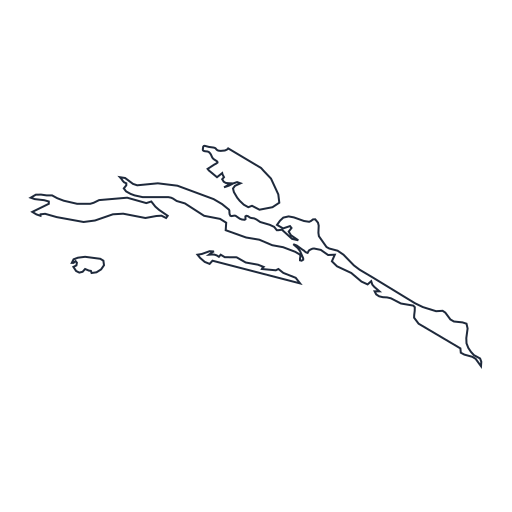 map outline of Dubrovacko-Neretvanska (Robinson projection)
{"feature_id": "HRV-1490", "entity_name": "Dubrovacko-Neretvanska", "entity_type": "County", "adm_level": 1, "iso_a3": "HRV", "parent_name": "Croatia", "parent_adm1": "", "projection": "robinson", "projection_center": [17.511, 42.787], "detail": "fine", "context": "isolated", "style": "outline", "palette": "slate", "viewbox_px": 512, "rotation_deg": 0, "n_neighbors": 0, "source": "natural_earth", "source_scale": "10m", "svg_char_len": 3798}
<svg xmlns="http://www.w3.org/2000/svg" viewBox="0 0 512 512"><path d="M466.5,323.7L467.6,328.5L466.3,338.1L466.5,343.3L468.3,347.9L470.9,351.8L474.0,355.2L475.9,356.2L480.1,358.5L481.3,361.8L481.0,366.2L475.6,358.8L472.3,356.8L464.3,354.6L460.8,352.7L460.4,348.4L418.6,323.7L414.1,317.7L414.2,315.0L414.7,310.9L414.8,307.2L413.3,305.6L400.9,303.5L390.9,298.3L387.0,297.4L382.9,297.2L379.1,296.3L376.2,294.4L374.6,291.3L379.4,291.3L374.2,286.8L372.3,284.6L371.2,281.2L367.6,284.4L361.5,281.6L351.3,273.0L337.0,266.3L331.9,261.3L334.8,254.7L328.1,255.0L320.8,249.9L314.0,248.5L312.4,248.7L310.6,249.5L308.9,250.5L307.6,252.9L306.1,252.4L304.6,251.3L304.1,250.7L302.5,249.7L296.7,245.5L293.3,244.2L297.8,248.1L300.0,251.0L303.2,258.3L303.2,259.7L301.6,260.7L300.0,260.3L300.0,258.5L300.4,256.3L300.1,254.7L295.2,251.8L283.1,247.2L272.2,245.2L259.3,239.7L246.1,237.5L225.7,230.2L226.2,222.7L220.1,218.9L204.1,215.8L184.9,203.4L176.7,201.0L172.9,198.5L171.1,197.7L168.2,197.1L142.5,197.1L134.6,195.4L130.6,193.9L126.1,191.4L123.8,188.4L126.3,185.3L126.3,183.3L124.1,182.3L122.7,180.8L121.5,179.0L119.9,177.2L125.1,178.0L133.0,183.9L137.2,185.3L157.8,183.3L177.4,185.7L213.6,199.1L222.1,204.1L229.0,209.7L229.4,210.8L229.4,212.4L229.6,214.2L230.4,215.8L231.5,216.1L234.4,215.6L235.6,215.8L239.8,218.7L241.9,219.5L244.6,219.8L245.5,219.2L245.4,216.4L246.3,215.8L247.8,216.1L250.0,217.6L251.3,218.0L254.2,218.4L256.5,219.5L260.2,222.0L269.7,224.8L274.2,226.9L276.8,230.2L278.4,230.2L281.9,229.7L292.1,238.9L298.3,240.3L290.9,235.2L288.7,231.6L291.5,228.0L290.0,226.1L283.1,228.4L277.0,224.9L280.0,220.7L283.3,217.6L288.6,216.4L293.9,217.4L304.0,221.0L309.2,221.8L311.1,220.9L313.0,219.4L315.2,219.3L318.0,222.7L318.7,225.6L318.4,232.8L318.9,236.2L326.5,247.0L329.2,248.5L337.6,250.7L343.5,254.7L353.9,265.4L359.6,269.7L372.6,277.4L414.9,303.2L422.9,307.1L436.1,311.2L442.6,310.8L445.3,312.6L450.2,319.2L450.3,319.4L453.9,321.5L462.5,322.4L466.5,323.7ZM228.2,148.4L261.1,168.0L263.6,170.8L271.0,178.6L278.3,194.4L279.3,202.7L272.5,207.2L259.5,209.7L259.3,209.6L252.0,205.8L248.3,207.2L243.8,204.7L239.7,200.8L237.2,197.7L233.9,192.1L233.0,188.5L235.0,185.8L240.5,183.3L237.1,182.1L233.2,183.4L228.8,185.7L224.0,187.3L225.7,186.5L230.4,183.3L228.1,183.2L225.7,182.9L223.7,181.7L222.2,179.2L224.0,177.2L222.5,174.4L222.2,173.1L217.0,177.2L208.9,170.5L207.6,168.9L214.4,164.5L216.0,163.7L217.5,162.6L217.3,161.6L216.4,160.9L213.9,159.3L212.8,158.3L212.1,157.2L210.9,154.5L210.0,153.2L208.8,152.0L207.5,151.5L204.7,151.2L203.5,150.8L202.9,150.2L202.8,149.4L203.2,146.7L203.8,146.0L204.6,145.8L208.8,146.9L213.8,147.6L215.0,148.0L215.6,148.4L216.5,149.5L217.5,150.3L218.8,150.7L220.6,150.9L224.9,150.5L226.7,149.7L227.9,148.9L228.2,148.4ZM151.3,201.5L155.3,206.6L159.1,209.9L167.7,215.8L166.1,218.0L161.5,215.7L156.4,216.0L145.4,218.0L123.2,213.7L112.9,214.3L95.0,220.5L83.6,222.0L56.7,217.1L45.1,213.8L40.6,214.3L40.5,215.8L36.4,214.4L32.3,211.9L48.8,203.8L48.8,201.5L44.2,200.2L34.7,199.1L30.7,197.7L35.8,194.7L41.1,194.6L46.6,195.4L52.1,195.4L57.2,198.2L63.7,200.7L77.1,203.8L90.2,203.8L93.6,202.8L99.1,200.1L127.2,197.7L146.3,203.1L151.3,201.5ZM278.4,269.0L283.3,272.9L295.7,277.8L300.1,283.4L212.5,260.7L209.6,263.9L204.7,261.9L200.1,257.9L197.5,254.7L201.8,254.0L209.6,251.2L214.0,251.5L212.8,251.9L211.6,252.7L209.0,254.7L211.7,254.5L214.3,254.6L216.7,255.4L218.9,256.8L220.7,254.7L224.8,257.2L236.6,257.3L245.7,262.5L258.0,264.7L263.6,266.9L262.8,267.6L262.6,267.7L261.9,269.0L275.8,270.3L278.4,269.0ZM85.1,256.8L100.3,258.8L103.4,260.7L104.0,265.2L101.1,269.4L96.5,272.3L91.6,273.0L90.9,270.9L88.9,270.6L85.1,269.0L82.6,271.8L79.3,272.6L76.1,271.0L73.4,266.9L76.4,265.4L76.9,262.7L75.6,261.1L73.5,262.9L71.8,262.9L73.6,259.3L77.9,257.7L85.1,256.8Z" fill="none" stroke="#1e293b" stroke-width="2"/></svg>